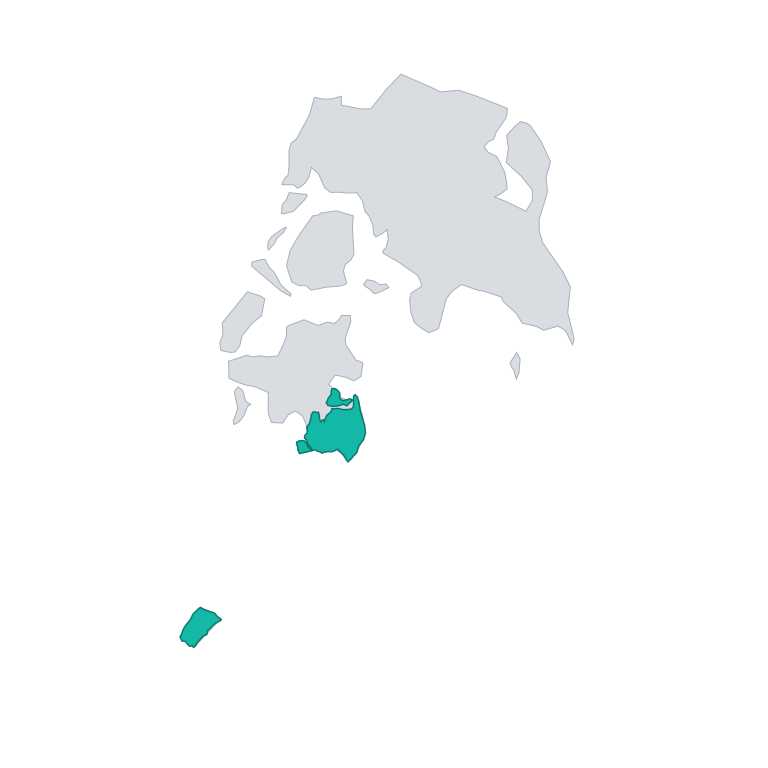 Denmark, with Hovedstaden highlighted, rotated 105°
{"feature_id": "DNK-3419", "entity_name": "Hovedstaden", "entity_type": "Region", "adm_level": 1, "iso_a3": "DNK", "parent_name": "Denmark", "parent_adm1": "", "projection": "natural_earth1", "projection_center": [12.898, 55.56], "detail": "fine", "context": "in_parent", "style": "filled", "palette": "teal", "viewbox_px": 768, "rotation_deg": 105, "n_neighbors": 0, "source": "natural_earth", "source_scale": "10m", "svg_char_len": 6139}
<svg xmlns="http://www.w3.org/2000/svg" viewBox="0 0 768 768"><g transform="rotate(105 384 384)"><path d="M217.8,534.1L216.5,534.1L211.0,533.1L207.1,530.7L196.9,532.4L183.2,536.2L175.6,536.0L169.7,531.9L145.2,526.1L141.3,525.6L125.1,525.4L124.5,516.2L122.6,509.5L117.2,499.6L125.6,497.3L124.4,478.0L121.6,468.0L98.4,457.8L80.3,447.8L85.4,414.4L87.4,405.4L80.9,387.9L82.1,367.9L85.9,336.3L91.7,335.0L96.0,335.2L112.3,340.9L119.1,341.4L123.7,346.5L129.2,348.6L133.3,343.2L135.0,334.0L148.3,322.1L157.6,317.7L163.8,315.6L170.0,320.4L174.7,325.8L176.1,314.0L180.4,291.6L168.1,288.1L158.0,291.2L147.7,305.4L138.4,323.2L123.8,324.9L112.2,329.9L101.8,324.7L95.2,320.0L95.2,313.3L96.9,309.2L109.5,294.6L126.2,280.7L142.7,280.8L154.8,276.3L162.0,275.8L184.5,276.8L196.1,273.7L206.5,267.3L229.3,240.3L242.0,229.1L267.4,225.1L290.9,212.1L297.4,212.0L286.3,221.6L284.5,225.4L283.1,231.1L290.8,243.6L289.0,251.2L289.4,266.2L281.9,274.0L273.2,290.6L269.5,293.0L268.5,312.4L269.2,317.1L267.8,334.8L276.3,342.0L285.5,345.8L316.0,345.7L319.2,348.9L322.8,354.4L320.0,363.7L316.6,370.7L307.7,376.6L296.3,381.0L289.2,381.2L279.7,372.8L275.0,375.6L270.3,379.8L262.0,402.8L258.0,418.4L255.9,419.6L251.5,417.3L243.7,417.2L233.9,420.9L238.8,424.2L244.1,429.9L241.9,432.8L233.2,435.9L225.4,442.2L222.2,446.9L212.4,452.5L206.2,459.7L209.0,468.5L210.2,476.3L212.7,484.9L210.1,491.8L198.0,501.6L193.4,510.2L203.7,510.1L210.0,512.1L213.7,514.6L217.4,518.2L215.0,522.6L217.8,534.1ZM463.9,427.3L464.1,438.4L461.8,441.6L458.5,443.7L449.9,446.0L442.4,449.2L435.7,454.7L433.2,462.7L438.4,468.5L447.9,471.7L450.3,482.7L442.4,488.2L422.2,493.6L420.1,506.8L420.7,517.2L420.3,524.8L418.6,535.2L402.3,540.0L391.8,524.1L391.7,517.7L388.6,510.2L388.1,503.9L384.4,493.8L369.0,491.0L363.0,490.7L354.7,492.6L352.6,491.8L342.7,478.0L344.5,462.8L339.2,455.1L338.5,451.6L338.7,447.7L334.3,444.6L329.0,442.9L326.5,434.3L332.6,432.2L347.7,433.2L352.2,432.7L356.2,430.9L368.5,416.8L368.2,413.7L369.5,409.7L382.7,408.2L388.6,413.6L387.4,422.3L388.0,433.5L396.0,436.5L399.1,437.0L402.5,428.7L404.9,424.7L408.1,422.5L409.2,415.0L407.3,410.4L403.3,407.0L418.3,397.6L433.8,390.3L442.8,389.9L451.8,391.7L460.2,394.2L464.8,396.3L467.3,399.8L461.7,408.0L460.1,412.5L463.9,427.3ZM297.5,446.7L301.1,452.5L305.4,464.9L312.2,478.7L309.2,484.5L311.1,492.0L309.1,499.7L294.9,508.8L279.2,509.2L263.0,504.8L240.0,496.4L238.2,491.7L235.1,489.1L229.1,474.8L229.5,457.2L241.1,455.0L266.5,446.6L272.3,447.9L278.4,452.2L285.4,452.5L295.6,446.4L297.5,446.7ZM358.8,526.7L374.1,533.6L384.5,533.2L391.6,536.1L393.3,540.5L393.8,550.4L386.4,553.3L378.1,552.3L366.9,556.0L330.4,539.9L331.0,526.5L332.6,521.2L349.9,520.0L358.8,526.7ZM682.4,512.2L679.2,514.1L664.8,510.9L647.3,503.2L649.7,488.1L654.1,481.5L686.1,498.5L686.6,504.9L682.4,512.2ZM304.1,542.4L300.3,543.1L295.1,534.0L294.5,531.2L300.7,525.4L304.8,518.8L315.2,508.8L321.2,497.0L323.5,497.2L320.7,507.7L306.9,537.0L304.1,542.4ZM245.8,527.3L236.8,528.8L232.2,526.1L223.7,525.1L221.0,507.9L221.9,506.9L226.1,508.1L240.6,516.1L245.6,524.9L245.8,527.3ZM462.0,518.4L458.7,520.1L445.4,518.9L430.3,526.6L424.6,524.2L426.8,519.2L428.4,517.4L433.4,515.3L436.8,512.3L438.2,507.5L441.3,510.0L450.6,511.1L455.1,512.7L458.9,514.9L462.0,518.4ZM294.5,427.5L293.0,429.5L287.6,427.4L287.1,420.2L289.2,413.8L286.9,408.0L289.6,404.3L297.2,412.9L299.3,417.0L296.3,421.8L294.5,427.5ZM334.6,265.1L331.0,267.7L319.3,264.1L324.6,259.0L337.5,256.6L345.1,257.4L336.7,262.5L334.6,265.1ZM282.6,531.6L276.7,532.8L270.1,530.3L259.3,521.2L258.0,518.8L263.7,520.3L270.7,525.1L276.5,526.1L284.4,530.2L282.6,531.6ZM472.2,448.2L464.1,452.9L462.3,452.7L459.6,446.2L463.9,442.3L466.5,438.9L468.3,439.0L470.7,442.6L472.2,448.2Z" fill="#d9dde1" stroke="#a8b0b8" stroke-width="1"/><path d="M421.3,427.9L419.4,421.4L419.4,417.4L419.1,415.8L417.1,409.9L415.8,408.4L414.2,407.8L412.3,407.9L405.7,409.8L403.2,410.1L401.8,409.2L403.3,406.4L407.7,403.7L416.0,400.0L429.2,391.9L436.1,389.2L443.2,389.4L450.7,392.5L456.8,392.5L458.5,393.1L461.5,395.1L464.0,395.9L468.5,398.6L467.3,400.3L463.8,403.8L462.5,405.7L460.2,410.1L459.1,411.4L459.1,412.2L461.4,414.7L462.7,416.4L463.2,417.8L463.6,419.9L464.5,422.4L465.7,424.6L466.8,425.9L466.4,427.0L466.2,428.5L466.1,430.8L465.6,432.7L465.5,433.5L465.6,434.0L465.9,434.6L466.7,435.8L464.9,437.5L461.4,442.4L458.2,444.0L457.6,445.4L456.8,446.7L454.9,447.2L453.4,446.8L452.4,446.2L451.3,445.7L449.6,445.7L445.7,447.3L442.0,446.0L439.0,445.7L436.5,446.0L435.4,445.4L433.7,446.2L432.1,446.2L429.4,445.3L429.3,444.0L428.9,443.5L428.7,443.0L428.8,442.2L429.0,441.7L429.1,441.4L429.1,441.1L429.1,440.9L429.0,440.7L428.3,440.0L431.4,438.2L433.3,437.7L436.7,435.8L437.0,435.4L436.8,435.1L435.2,434.4L434.8,434.1L434.6,433.8L434.5,433.6L434.3,433.0L435.5,432.1L429.2,431.3L427.8,430.3L424.5,428.0L421.3,427.9L421.3,427.9ZM687.7,499.8L687.3,500.3L687.2,500.7L687.0,501.0L686.6,501.3L687.2,502.9L687.5,504.0L687.2,504.9L686.3,506.3L684.5,508.5L684.0,509.6L684.3,510.6L684.3,511.2L684.6,512.6L683.2,513.7L682.3,514.7L681.1,515.5L676.8,514.7L673.3,514.5L668.4,513.1L662.5,510.3L655.7,508.9L648.6,504.7L647.3,503.3L648.3,500.9L648.7,496.3L649.0,489.5L649.3,488.3L650.0,487.1L651.7,484.9L652.3,483.2L652.9,481.3L653.7,480.2L654.9,480.7L658.4,484.5L659.6,485.4L661.6,487.0L664.9,488.6L668.2,490.6L670.5,490.2L672.2,490.5L673.6,492.8L674.6,493.6L675.7,494.1L681.9,497.4L686.0,498.4L687.7,499.8ZM402.2,433.1L402.1,432.3L401.3,430.9L401.1,430.4L401.4,429.2L402.0,427.6L403.5,425.1L404.8,424.1L407.8,423.5L409.4,422.8L410.8,419.7L409.0,416.1L407.0,412.8L407.7,410.7L409.2,410.8L412.2,413.1L413.8,413.7L414.7,414.2L414.6,415.3L414.3,416.6L414.1,417.4L414.5,418.8L414.8,419.3L415.2,419.7L415.9,420.5L417.5,423.8L419.0,428.3L419.2,432.6L417.0,435.0L413.9,434.2L412.4,434.3L408.2,432.5L406.9,432.2L406.7,432.3L406.6,432.6L405.5,433.0L402.3,433.1L402.2,433.1ZM467.9,438.0L472.9,447.2L473.0,447.7L469.9,450.2L468.6,450.5L467.0,451.2L465.6,452.1L464.6,452.9L462.8,453.3L460.9,451.2L459.7,448.2L459.6,445.7L460.6,444.3L461.7,443.3L462.8,442.6L463.7,441.8L464.7,440.4L466.1,437.7L467.3,436.6L467.6,437.2L467.8,437.5L467.9,438.0Z" fill="#14b8a6" stroke="#0f766e" stroke-width="1.5"/></g></svg>